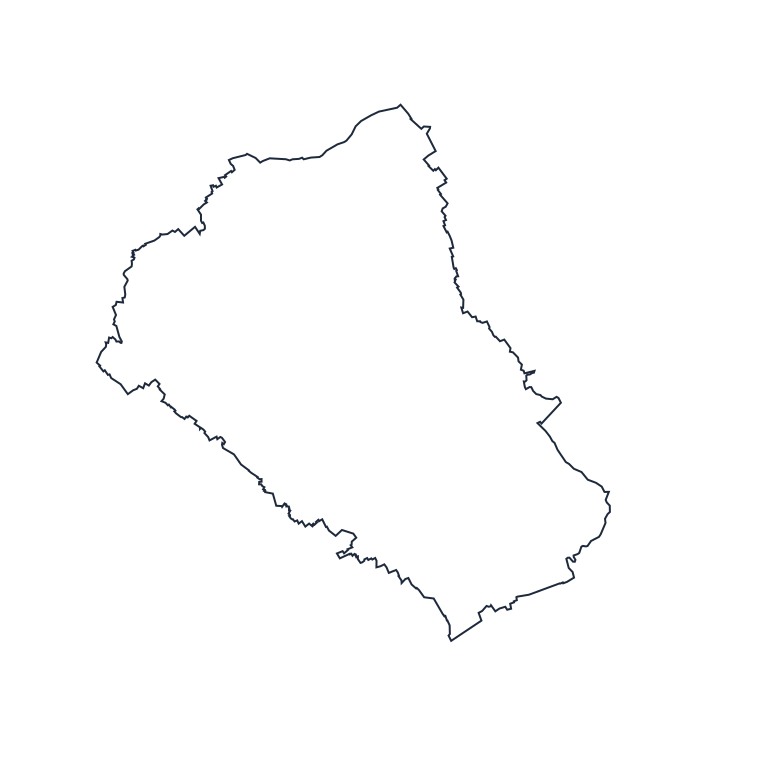 Bang Pla Ma, Suphan Buri, Thailand (Albers equal-area conic projection), rotated 229°
{"feature_id": "78962969B17811208429126", "entity_name": "Bang Pla Ma", "entity_type": "district", "adm_level": 2, "iso_a3": "THA", "parent_name": "Thailand", "parent_adm1": "Suphan Buri", "projection": "albers", "projection_center": [100.134, 14.346], "detail": "fine", "context": "isolated", "style": "outline", "palette": "slate", "viewbox_px": 768, "rotation_deg": 229, "n_neighbors": 0, "source": "geoboundaries", "source_scale": "gbopen_adm2", "svg_char_len": 6166}
<svg xmlns="http://www.w3.org/2000/svg" viewBox="0 0 768 768"><g transform="rotate(229 384 384)"><path d="M588.7,181.2L584.2,181.8L584.2,180.8L577.6,180.5L577.5,182.3L572.0,181.6L571.3,183.2L567.5,182.0L556.6,185.1L544.4,184.0L543.8,190.7L542.5,194.3L543.5,197.8L538.8,199.5L541.3,204.1L537.1,205.5L538.0,209.6L537.4,214.2L531.3,214.6L530.6,211.7L527.0,211.7L526.9,211.1L520.0,211.7L517.5,208.1L517.0,204.8L513.1,206.8L509.7,206.9L509.6,208.1L506.3,207.9L506.4,208.4L502.1,209.2L500.7,209.1L500.9,207.8L498.3,207.8L492.1,209.1L491.5,209.9L488.5,210.5L489.1,213.3L488.0,213.5L488.1,214.2L487.5,214.4L487.8,216.2L479.1,218.3L478.2,215.0L472.1,216.7L470.8,215.6L470.9,217.1L468.2,217.8L465.4,217.8L464.8,216.3L459.3,216.5L455.9,215.3L454.1,223.1L451.7,222.0L451.4,225.7L449.8,226.4L444.5,226.0L443.7,223.7L445.6,223.3L444.5,221.9L441.3,220.5L429.3,224.6L417.0,223.3L407.4,225.4L407.2,225.0L404.2,225.5L396.7,227.6L396.5,227.0L393.8,227.6L392.6,229.2L390.6,227.5L392.0,225.6L390.2,223.9L388.8,225.5L386.7,225.2L384.6,226.0L383.8,223.7L382.4,224.5L382.0,223.4L381.0,224.2L380.3,223.4L374.2,228.2L362.8,222.8L359.1,226.6L358.1,226.4L359.1,230.6L357.6,231.2L357.3,230.4L356.2,230.9L355.6,230.0L353.9,231.8L351.4,230.5L351.8,230.1L350.8,229.3L349.9,230.0L348.8,226.9L347.2,227.2L346.3,226.7L346.6,225.8L343.6,225.5L341.9,226.0L341.7,226.5L338.9,226.3L338.0,229.0L334.6,228.0L334.3,232.1L328.0,231.1L327.8,235.9L323.5,236.6L323.7,237.9L324.8,237.8L325.0,239.0L323.4,239.2L323.5,242.4L324.5,242.2L324.6,244.5L324.5,245.4L323.1,244.9L322.4,248.6L314.2,246.4L313.8,247.3L309.5,246.3L301.1,247.9L301.4,256.5L291.2,262.7L286.2,262.2L286.2,256.3L284.0,254.1L284.2,253.1L281.5,252.9L283.2,248.1L282.4,248.0L282.4,242.8L285.0,243.1L287.0,237.3L281.4,236.3L278.3,246.8L277.7,246.6L277.3,248.0L275.0,247.5L275.1,250.1L274.1,250.1L274.0,250.8L272.4,250.5L272.5,249.8L271.3,249.4L270.9,251.1L269.0,249.4L264.4,248.9L263.7,250.6L263.5,253.1L264.5,254.1L263.7,257.1L261.5,256.7L260.7,260.0L259.2,260.0L258.5,263.2L255.5,262.4L250.6,258.0L248.8,261.7L247.7,265.9L243.8,265.6L238.3,263.7L235.7,271.1L232.8,270.8L229.4,269.5L229.5,268.9L224.3,268.3L222.2,266.7L222.8,272.2L221.6,275.1L214.6,273.3L208.6,274.1L208.6,274.9L205.6,275.2L196.7,274.4L189.5,280.8L172.3,277.5L169.6,277.2L169.8,277.6L168.8,278.2L164.2,276.3L163.9,276.7L158.8,275.2L152.1,269.7L151.8,267.7L146.1,266.2L141.5,302.3L149.2,305.3L148.3,309.1L149.2,315.8L147.2,316.9L146.3,318.6L146.8,319.6L139.4,318.9L138.8,323.8L136.3,329.4L132.8,328.9L131.0,332.5L135.4,335.1L133.9,338.9L134.8,339.4L133.7,342.4L136.3,344.1L136.0,345.2L129.9,355.1L118.3,385.7L117.8,385.9L116.9,388.8L116.0,388.5L114.6,392.3L113.2,400.4L118.4,403.0L123.9,402.7L132.4,406.9L132.3,408.7L131.3,410.0L125.9,410.1L124.7,411.4L125.7,413.1L129.0,413.7L130.2,414.6L128.6,418.5L128.4,420.5L131.7,426.2L131.4,427.8L129.0,429.8L128.2,431.3L129.7,437.3L127.6,445.9L128.4,448.9L133.8,460.0L137.3,462.4L139.1,467.4L139.2,470.5L144.1,474.6L148.4,474.4L151.1,475.3L155.1,482.9L157.9,479.6L163.7,481.0L170.3,479.2L178.1,475.0L188.0,475.3L195.4,471.7L202.3,471.2L205.8,470.0L220.5,471.8L227.7,474.1L230.5,473.6L235.5,474.7L242.6,475.1L253.8,474.2L253.1,477.0L250.8,476.9L253.8,505.2L259.0,506.5L261.1,505.8L261.8,501.3L266.8,496.6L271.1,494.8L273.0,494.8L276.5,492.3L280.9,492.0L285.0,493.1L286.2,491.8L287.0,487.7L289.3,488.3L294.2,491.2L293.2,492.2L293.3,494.0L296.9,496.8L297.0,498.2L295.5,500.3L295.0,503.5L294.2,504.5L295.2,506.2L299.9,497.0L302.4,498.1L305.0,496.7L308.2,500.8L312.8,500.4L316.0,502.5L323.3,502.1L325.8,500.2L328.1,503.0L338.6,503.9L340.2,499.6L346.4,499.4L346.8,498.6L348.9,498.5L352.6,499.7L356.9,499.7L357.7,501.0L363.7,502.7L365.4,498.6L367.5,497.4L368.3,497.7L370.2,495.5L374.8,497.4L376.6,494.3L383.9,494.6L385.5,490.1L391.0,492.5L389.6,493.7L395.6,499.3L401.4,500.3L401.3,501.2L402.7,501.9L408.8,502.4L408.6,504.1L414.4,503.9L415.1,505.5L416.1,505.6L416.0,506.7L417.3,506.7L417.7,509.3L416.7,510.6L422.0,512.7L422.1,513.7L424.3,514.2L424.7,512.5L426.0,512.8L435.5,518.6L434.9,519.9L443.1,522.5L441.4,525.7L448.1,529.2L452.8,530.8L457.2,531.9L457.3,530.8L464.2,532.5L463.7,534.2L467.9,535.7L467.1,538.4L470.2,539.2L470.6,540.8L476.5,540.8L478.0,543.5L477.3,546.9L478.6,550.5L490.1,550.5L490.0,551.6L495.2,551.9L495.3,552.7L497.0,552.9L495.2,563.1L498.1,563.4L497.8,566.0L511.6,567.0L511.3,563.4L512.8,563.4L512.6,561.1L519.3,560.6L519.3,561.3L527.4,561.3L527.3,567.4L525.9,575.8L544.8,580.5L546.7,586.2L547.8,587.5L552.2,583.0L552.1,579.6L566.4,577.9L566.2,578.7L572.0,579.6L583.9,579.7L583.9,575.2L592.9,558.9L595.3,550.3L597.5,539.2L597.1,531.7L593.6,523.4L592.3,515.3L592.7,512.7L595.4,506.1L597.8,493.7L597.1,487.6L597.6,484.3L602.9,477.3L606.3,470.8L608.5,470.7L609.7,467.5L613.6,462.4L614.6,459.5L618.0,457.4L629.3,445.8L631.8,438.8L632.3,435.8L638.8,435.4L647.6,431.6L647.6,429.8L653.6,418.0L654.8,413.9L650.6,412.7L647.6,413.2L643.6,411.8L643.6,408.1L645.1,408.3L645.9,401.0L644.1,401.0L644.2,399.2L644.8,399.4L645.6,398.5L647.9,394.2L640.8,392.7L642.1,386.6L643.9,387.2L644.7,384.8L646.1,385.4L647.4,383.2L642.0,381.1L642.0,379.8L640.5,379.3L641.6,372.0L640.2,372.0L640.2,371.0L639.4,371.0L639.5,369.1L637.2,369.4L637.8,365.8L637.4,359.3L638.2,359.4L638.2,357.8L631.9,357.0L627.3,353.0L624.8,352.4L624.4,353.6L621.0,352.6L618.7,350.7L618.6,348.7L620.2,345.8L618.2,343.4L626.6,344.5L626.9,330.5L635.9,330.3L635.9,326.0L638.6,325.0L639.2,319.0L642.1,314.9L643.9,313.6L642.8,312.7L642.3,310.7L642.9,304.8L646.5,295.8L645.3,295.5L645.7,292.9L646.5,293.0L646.7,291.7L646.4,286.9L647.6,284.2L648.4,284.4L649.4,281.6L647.7,281.2L648.0,280.0L646.2,279.5L646.0,280.3L645.5,280.2L645.9,278.8L645.0,278.6L645.2,277.3L643.0,278.5L642.1,277.0L642.6,274.4L639.9,272.5L638.3,270.6L639.1,262.5L638.2,260.0L637.1,259.2L631.5,259.1L630.2,258.4L627.7,251.8L621.2,247.4L619.4,245.1L620.5,243.0L616.7,240.5L621.5,236.1L619.6,233.5L620.2,229.8L611.9,227.0L609.9,222.6L607.8,221.8L606.6,218.9L603.4,220.1L593.2,215.2L588.1,214.0L587.3,212.8L587.9,212.2L589.9,212.0L591.6,209.9L593.9,210.5L597.5,210.0L597.4,208.3L599.4,207.0L596.0,202.8L598.0,201.2L596.2,200.4L594.5,198.4L593.8,191.6L588.7,181.2Z" fill="none" stroke="#1e293b" stroke-width="2"/></g></svg>